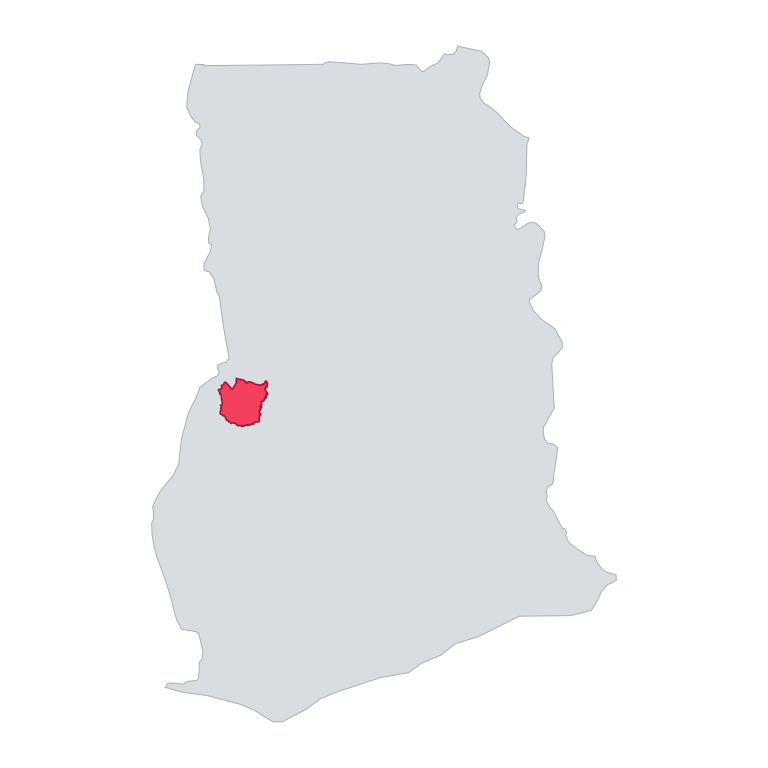 location of Tain, Brong Ahafo, Ghana
{"feature_id": "2480657B14065489870616", "entity_name": "Tain", "entity_type": "district", "adm_level": 2, "iso_a3": "GHA", "parent_name": "Ghana", "parent_adm1": "Brong Ahafo", "projection": "orthographic", "projection_center": [-2.339, 7.791], "detail": "fine", "context": "in_parent", "style": "filled", "palette": "rose", "viewbox_px": 768, "rotation_deg": 0, "n_neighbors": 0, "source": "geoboundaries", "source_scale": "gbopen_adm2", "svg_char_len": 8162}
<svg xmlns="http://www.w3.org/2000/svg" viewBox="0 0 768 768"><path d="M481.5,51.4L488.2,57.6L489.7,61.3L487.4,75.0L482.6,84.5L479.6,93.5L480.1,98.0L483.1,102.4L493.2,109.4L498.4,114.0L504.5,120.9L511.6,127.6L523.7,136.3L528.8,137.9L528.6,140.3L527.0,143.7L526.1,176.6L525.3,185.1L524.4,189.3L523.4,201.6L522.2,203.4L519.9,203.3L517.8,203.7L517.3,206.2L518.1,208.7L525.4,210.4L523.8,212.3L518.5,214.0L516.0,217.7L517.1,221.9L514.2,225.3L515.0,227.6L517.0,229.2L520.0,228.6L528.5,222.9L532.0,222.2L536.4,223.4L544.6,232.0L545.0,236.2L541.8,250.7L538.7,261.9L538.2,276.8L541.7,285.1L541.2,289.7L537.6,293.7L529.2,299.5L529.9,303.4L533.7,310.7L540.9,318.8L554.8,328.8L562.2,341.9L562.4,347.3L558.2,352.7L553.2,357.3L551.7,364.1L554.2,408.1L543.4,427.3L543.3,432.8L544.5,439.1L547.4,442.9L553.0,443.9L557.6,447.6L556.1,461.0L553.7,474.7L553.4,481.4L552.0,484.5L547.7,487.1L546.2,491.4L547.3,496.8L546.5,500.7L548.9,505.8L553.9,512.1L562.1,527.9L565.2,529.1L566.6,532.4L565.7,535.6L568.9,542.6L577.9,549.5L587.3,555.5L594.9,556.3L596.8,561.8L601.8,568.7L605.4,571.7L611.2,573.6L616.0,574.7L616.3,580.5L607.7,584.6L602.0,590.7L597.6,600.0L591.6,610.2L570.5,615.6L562.5,615.7L519.3,616.2L478.8,636.4L455.5,643.6L441.2,654.9L421.9,663.0L408.5,672.7L380.5,677.5L334.6,692.8L320.2,698.9L305.7,709.5L282.0,721.9L272.7,721.8L254.2,710.2L240.3,704.3L206.2,695.4L180.8,692.0L168.5,688.1L165.1,687.5L168.0,683.3L175.1,683.1L182.5,684.3L188.2,681.2L196.5,680.7L198.6,677.4L199.3,669.0L199.2,662.3L202.1,659.3L202.9,651.3L198.8,633.6L195.9,631.6L181.1,629.1L180.0,625.6L177.4,621.9L174.5,612.8L171.3,599.2L166.1,582.4L156.2,554.7L153.8,544.9L152.1,534.9L151.7,523.0L153.8,518.5L153.5,512.4L152.6,506.2L159.6,492.2L173.4,474.9L176.3,468.7L178.9,464.3L179.2,458.1L181.7,438.0L188.3,413.7L192.4,404.5L195.2,399.6L198.6,391.5L199.5,387.7L212.1,378.1L217.9,375.6L219.2,371.8L217.2,367.7L218.1,364.9L221.1,363.5L225.8,362.4L229.1,358.5L223.8,328.5L219.6,298.6L219.3,296.1L216.8,291.9L214.2,279.6L210.0,272.3L204.1,270.2L204.1,263.4L210.1,251.9L211.7,245.2L208.8,243.2L208.4,237.9L210.4,229.5L209.4,224.2L208.4,218.7L202.2,205.6L200.7,196.3L203.9,190.9L203.8,179.1L200.4,160.8L199.9,149.2L202.2,144.4L201.1,139.8L196.6,135.5L196.3,131.3L200.1,127.2L199.6,123.9L194.9,121.6L190.6,116.0L186.8,107.1L187.7,92.8L194.8,66.5L195.7,64.3L203.8,64.5L203.8,65.6L228.9,65.4L257.7,65.1L292.0,64.7L323.1,64.3L324.5,63.2L329.6,61.7L361.1,64.3L380.8,62.9L389.2,63.8L395.3,65.5L408.9,64.4L416.1,65.0L421.7,71.5L423.9,71.5L426.9,68.7L432.3,65.5L437.8,62.9L441.8,57.8L444.1,53.9L447.7,54.7L452.9,54.4L456.3,51.1L457.6,46.1L481.5,51.4Z" fill="#d9dde1" stroke="#a8b0b8" stroke-width="1"/><path d="M266.3,381.0L265.9,381.0L265.7,381.2L265.4,381.2L265.1,381.7L265.2,381.9L265.0,382.6L264.7,383.0L264.2,383.2L263.8,383.5L263.8,383.8L263.8,384.0L263.6,384.1L263.7,384.3L263.2,384.2L263.1,384.4L262.6,384.2L262.1,384.2L261.8,384.5L262.0,384.5L261.7,384.7L261.4,385.0L261.2,385.1L260.9,384.9L260.6,385.2L260.4,385.4L260.2,385.5L259.9,385.2L259.8,385.3L259.4,385.0L258.9,384.9L258.7,384.9L258.5,385.0L258.4,385.0L258.3,384.9L258.0,385.0L257.5,384.6L256.8,384.3L256.2,384.4L255.7,384.3L255.3,384.1L254.4,383.9L254.0,383.7L253.7,383.1L253.1,382.9L252.8,382.9L252.5,382.8L252.3,382.8L252.2,382.6L251.9,382.6L251.6,382.5L251.1,382.1L250.6,381.9L250.4,382.1L250.1,382.1L249.6,382.0L249.1,381.8L248.3,381.6L248.1,381.8L247.6,381.9L247.4,382.1L247.1,382.2L247.1,382.5L246.9,382.7L246.5,382.8L246.6,383.0L246.4,383.0L246.3,382.7L245.5,382.5L245.4,382.3L245.2,381.9L245.1,382.0L244.9,381.7L245.0,381.5L244.9,381.4L245.0,381.3L244.8,381.1L244.8,380.8L244.6,380.7L244.4,380.7L244.2,380.5L243.2,379.9L243.1,380.0L242.7,379.8L242.2,379.9L241.8,379.9L240.8,379.5L240.7,379.2L240.2,379.4L240.1,379.5L239.7,379.6L239.4,379.5L239.3,379.2L238.9,379.2L237.7,378.7L237.4,378.8L237.2,378.5L236.8,378.5L236.5,378.4L236.6,378.9L236.4,379.6L235.9,380.7L236.3,381.5L236.9,382.1L236.5,383.1L235.5,383.8L235.3,384.2L235.1,384.9L233.3,387.5L232.8,388.7L232.5,388.8L232.3,389.1L231.9,389.1L231.3,389.0L230.9,388.8L230.8,388.5L230.9,388.1L230.7,387.7L230.1,386.7L229.7,386.5L229.4,386.6L229.2,386.4L229.3,386.3L229.1,386.1L229.0,385.8L228.9,385.8L228.8,385.7L228.5,385.4L228.3,384.9L227.9,384.8L227.8,384.5L227.4,384.3L227.3,383.9L227.1,383.7L226.8,383.3L226.0,382.8L226.1,382.7L225.9,382.6L225.9,382.4L225.1,382.1L224.5,382.4L224.2,382.8L223.9,383.3L223.9,383.8L223.9,384.1L223.6,384.9L221.5,385.2L221.4,386.5L222.0,387.6L221.3,388.8L220.8,389.0L220.5,389.0L219.7,389.3L219.3,389.3L218.4,389.7L218.4,389.9L218.4,390.1L218.5,390.7L218.7,390.9L219.5,391.2L219.7,391.7L219.7,392.1L219.7,392.4L220.0,392.6L219.9,392.8L219.7,393.0L220.0,393.3L219.9,393.5L219.8,394.0L220.6,394.5L221.1,395.4L221.4,397.4L221.3,398.3L221.5,398.9L221.6,399.5L221.9,399.9L221.8,400.6L222.3,402.1L222.2,402.6L222.3,402.8L222.2,403.4L222.1,403.7L222.1,404.5L221.5,404.7L220.8,405.4L220.6,405.5L221.5,406.3L221.8,406.7L221.6,407.0L221.2,407.2L221.1,407.4L220.9,407.6L220.6,408.5L221.4,409.0L221.6,409.6L221.5,409.9L220.5,410.8L220.3,411.7L220.1,411.9L220.1,413.1L220.5,414.2L221.9,414.7L222.7,415.5L223.5,416.0L224.6,416.1L225.3,416.5L225.4,416.8L225.3,417.1L225.3,417.7L225.5,418.2L226.0,418.8L226.0,419.1L226.4,419.5L226.5,419.8L226.5,420.3L227.2,420.5L227.3,420.4L227.3,420.2L227.6,420.2L227.7,420.4L228.1,420.4L228.7,421.4L228.8,421.8L229.2,421.8L229.4,422.0L229.9,422.2L230.3,422.7L231.1,423.4L231.5,423.5L231.9,423.3L232.4,423.0L232.5,422.8L232.8,422.7L233.2,422.7L233.5,422.6L233.7,422.9L234.0,422.9L234.2,423.2L234.6,423.4L235.2,423.4L235.5,423.6L235.7,424.0L236.1,424.4L236.9,424.7L236.8,425.0L237.3,425.5L237.9,425.6L238.1,425.8L238.4,425.9L238.8,425.6L239.3,425.6L239.5,425.4L239.7,425.5L240.0,425.4L240.4,425.6L241.0,425.5L241.1,425.9L241.7,426.6L241.8,426.6L241.7,426.4L241.9,426.2L242.2,426.0L242.6,426.2L242.9,426.1L243.5,426.2L243.8,425.8L244.2,425.8L244.3,425.5L244.5,425.5L245.0,425.5L245.3,425.6L245.7,425.5L245.7,425.3L245.9,425.4L246.3,425.2L246.7,425.2L246.8,425.1L246.8,424.8L247.1,424.8L247.5,425.2L248.2,425.1L248.5,424.8L248.6,425.0L248.8,425.0L249.7,425.2L250.2,424.9L250.4,424.9L250.6,424.5L251.0,424.2L251.2,424.3L251.6,424.1L251.9,423.8L252.7,424.3L253.5,424.2L253.6,423.9L253.6,423.4L253.9,423.3L253.9,423.2L254.1,422.6L254.1,422.3L254.4,422.1L254.7,422.2L254.8,422.1L255.0,422.1L255.2,421.9L255.8,422.0L255.9,421.8L256.1,421.8L257.2,421.8L257.7,422.0L259.0,421.8L259.4,421.4L259.5,420.7L259.2,420.1L259.3,419.6L259.3,419.2L258.7,418.8L258.6,418.5L258.7,418.4L259.1,418.2L259.4,417.5L259.8,417.0L259.8,416.8L259.5,415.8L259.5,415.6L259.8,415.3L260.6,415.1L260.8,415.0L260.9,414.0L260.3,413.3L259.5,413.2L259.4,413.1L259.3,411.7L259.2,411.2L259.1,410.9L259.1,410.7L259.3,410.6L259.6,410.8L259.8,410.6L260.0,410.5L260.0,410.2L260.2,409.9L260.5,409.8L260.8,409.4L260.7,409.1L260.9,408.4L260.5,408.2L260.7,407.9L261.1,408.0L261.5,407.4L261.3,407.3L261.4,407.0L261.3,406.9L260.6,406.9L260.4,406.7L260.0,406.5L259.9,406.4L260.0,406.1L260.8,405.7L261.0,405.8L261.4,405.9L261.4,406.0L261.6,405.7L261.7,405.3L261.6,404.7L261.4,404.4L261.3,404.0L261.4,403.5L261.5,403.4L261.4,403.0L261.7,402.7L261.5,402.3L261.4,402.3L261.4,402.2L261.5,402.2L261.5,401.9L261.8,401.7L262.1,401.6L262.3,401.3L262.6,401.4L263.0,401.2L263.4,401.0L263.5,400.8L263.8,400.6L264.1,400.4L264.1,400.2L264.6,400.0L264.6,399.5L264.4,399.4L264.6,398.7L264.5,398.2L264.6,397.9L264.9,397.9L265.7,398.3L266.0,398.1L266.1,397.8L266.3,397.7L266.2,397.6L265.9,397.8L265.6,397.0L265.8,397.0L265.9,396.8L266.2,396.9L266.5,397.0L266.4,396.2L266.3,395.9L266.1,395.8L266.3,395.3L266.3,395.0L266.0,394.5L266.0,394.3L266.2,394.2L266.8,394.4L267.0,394.6L267.5,394.6L267.8,394.3L267.7,393.9L267.5,393.7L266.9,393.4L266.5,393.0L266.5,392.6L266.9,392.8L267.2,392.6L266.6,392.0L266.4,392.0L266.0,390.9L265.6,390.5L265.3,390.3L265.2,390.0L264.8,389.5L265.0,389.1L265.5,388.8L265.6,387.8L265.5,387.4L265.5,387.2L266.0,387.0L266.4,387.5L266.6,387.5L266.7,387.4L266.8,387.1L266.5,386.5L267.4,386.2L267.5,385.4L267.6,385.0L267.0,384.4L267.2,384.1L267.0,383.8L267.0,383.6L267.3,383.3L267.6,382.8L267.3,382.5L266.8,382.2L266.3,381.2L266.3,381.0Z" fill="#f43f5e" stroke="#9f1239" stroke-width="1.5"/></svg>